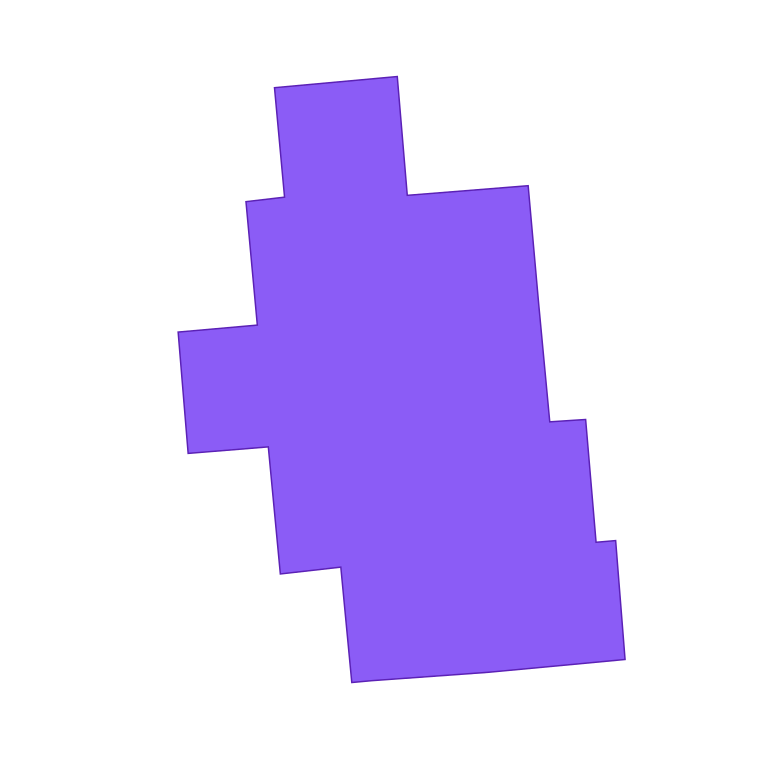 Hocking, Ohio, United States of America (Albers equal-area conic projection), rotated 261°
{"feature_id": "52423323B99959311448402", "entity_name": "Hocking", "entity_type": "district", "adm_level": 2, "iso_a3": "USA", "parent_name": "United States of America", "parent_adm1": "Ohio", "projection": "albers", "projection_center": [-82.49, 39.512], "detail": "fine", "context": "isolated", "style": "filled", "palette": "violet", "viewbox_px": 768, "rotation_deg": 261, "n_neighbors": 0, "source": "geoboundaries", "source_scale": "gbopen_adm2", "svg_char_len": 430}
<svg xmlns="http://www.w3.org/2000/svg" viewBox="0 0 768 768"><g transform="rotate(261 384 384)"><path d="M92.9,325.4L82.9,442.6L74.2,579.0L193.1,588.3L194.5,568.7L317.4,577.6L320.7,541.8L438.8,549.3L557.3,557.4L566.7,436.5L685.6,445.2L693.8,322.2L584.1,315.0L585.7,276.2L462.0,268.1L467.5,188.8L346.1,179.7L340.0,259.9L212.6,251.9L209.9,312.7L94.2,305.5L92.9,325.4Z" fill="#8b5cf6" stroke="#5b21b6" stroke-width="1.5"/></g></svg>